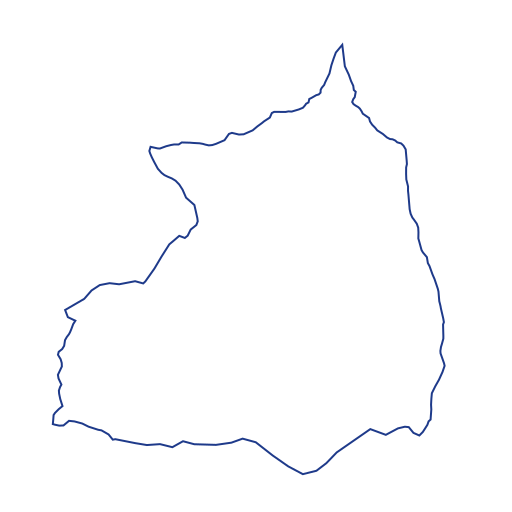 outline of Talo, Punakha, Bhutan, rotated 93°
{"feature_id": "84629894B89675802182154", "entity_name": "Talo", "entity_type": "district", "adm_level": 2, "iso_a3": "BTN", "parent_name": "Bhutan", "parent_adm1": "Punakha", "projection": "orthographic", "projection_center": [89.823, 27.557], "detail": "fine", "context": "isolated", "style": "outline", "palette": "blue", "viewbox_px": 512, "rotation_deg": 93, "n_neighbors": 0, "source": "geoboundaries", "source_scale": "gbopen_adm2", "svg_char_len": 2866}
<svg xmlns="http://www.w3.org/2000/svg" viewBox="0 0 512 512"><g transform="rotate(93 256 256)"><path d="M434.5,450.1L435.0,447.9L435.7,443.6L435.3,439.4L430.4,434.1L430.7,428.6L432.4,420.7L435.2,414.3L437.8,404.5L438.2,401.2L441.9,393.9L446.9,389.4L446.3,386.9L449.2,366.8L450.5,355.1L448.9,342.0L451.3,329.5L444.8,319.2L447.2,307.8L446.7,286.1L443.7,270.8L439.1,259.8L442.0,246.5L454.4,228.8L464.4,212.8L471.4,197.8L467.3,184.4L459.2,174.9L447.9,165.1L422.9,132.8L427.8,117.0L420.7,105.2L418.7,98.4L418.9,94.5L424.4,89.5L426.7,83.5L423.0,80.2L419.7,78.3L415.6,76.0L412.1,75.0L410.2,73.1L400.1,72.9L395.4,73.4L389.4,73.4L383.8,73.2L376.6,70.1L370.0,66.8L362.1,63.7L355.8,61.9L353.3,62.6L343.6,66.6L341.1,66.9L337.1,66.5L333.9,65.7L328.8,64.6L326.2,64.7L321.2,65.1L314.6,65.6L312.2,64.9L308.4,65.8L298.7,68.6L296.5,69.1L294.1,69.8L291.6,70.6L282.1,71.9L279.3,72.7L269.7,76.5L265.1,78.8L257.0,82.2L254.1,84.0L248.2,85.3L243.7,89.5L241.4,91.0L232.9,93.8L230.0,94.8L223.9,95.0L219.2,95.5L215.4,97.1L211.4,100.2L209.4,101.9L205.7,103.8L201.3,105.0L186.7,107.0L183.0,107.6L178.6,107.8L171.7,109.9L166.2,110.4L159.7,110.7L156.3,110.1L153.0,110.5L141.7,112.1L138.1,114.5L136.0,116.9L135.1,120.9L133.4,123.0L132.3,125.7L132.2,128.3L130.8,131.4L127.5,135.7L124.2,141.5L121.7,143.7L118.8,146.9L115.7,149.2L112.3,150.3L108.3,156.8L106.0,158.1L103.4,160.0L102.0,161.7L100.6,164.4L99.2,166.6L97.2,168.0L94.3,167.1L92.2,165.7L86.8,165.0L85.1,167.0L80.9,167.8L76.4,170.2L70.1,172.8L61.9,177.2L40.6,180.9L48.6,186.9L54.7,188.8L61.6,190.7L69.9,192.2L78.9,196.0L81.6,196.9L84.5,199.1L86.6,200.1L89.5,200.1L91.4,201.8L92.2,204.2L95.3,209.0L96.4,211.0L99.9,211.6L101.3,213.9L103.1,215.0L105.5,216.9L107.4,220.9L109.9,227.9L109.9,231.2L110.6,234.0L111.1,245.4L112.4,247.7L117.0,249.4L121.0,254.9L123.0,257.1L126.5,261.4L130.7,265.9L135.1,274.7L135.6,279.4L134.3,286.5L135.5,289.4L142.0,293.5L146.1,301.8L147.5,305.5L148.0,308.9L147.4,312.5L146.8,315.0L146.4,318.3L146.4,323.9L146.3,327.7L146.5,336.1L148.7,339.1L148.9,343.6L149.6,346.7L151.1,351.5L153.7,357.6L153.7,359.8L152.5,367.0L156.7,368.0L159.1,367.1L162.7,365.3L167.1,362.8L174.0,358.6L177.9,354.7L180.0,351.7L181.4,348.4L182.9,344.2L185.0,340.3L188.6,336.4L193.6,332.8L201.4,328.9L208.3,320.2L221.1,316.6L224.4,316.0L228.2,317.2L233.0,322.6L239.3,325.3L241.7,328.0L239.9,333.7L244.7,338.7L248.9,343.2L261.5,350.3L273.9,356.8L287.2,365.2L289.3,367.2L287.5,375.4L291.4,391.2L290.8,400.8L293.2,410.5L299.0,418.4L307.8,425.3L319.9,443.8L326.9,440.7L330.1,433.0L333.6,435.0L338.7,436.6L341.8,437.7L343.9,438.7L346.8,440.7L350.0,442.3L355.8,442.9L359.1,444.7L362.0,448.0L365.0,448.6L369.3,445.7L373.0,444.4L376.5,444.1L385.0,447.6L388.6,446.8L394.6,443.6L397.1,444.8L400.7,445.8L403.8,445.4L409.1,444.0L416.0,441.4L419.3,445.0L423.2,448.5L425.4,449.8L429.8,449.9L434.5,450.1Z" fill="none" stroke="#1e3a8a" stroke-width="2"/></g></svg>